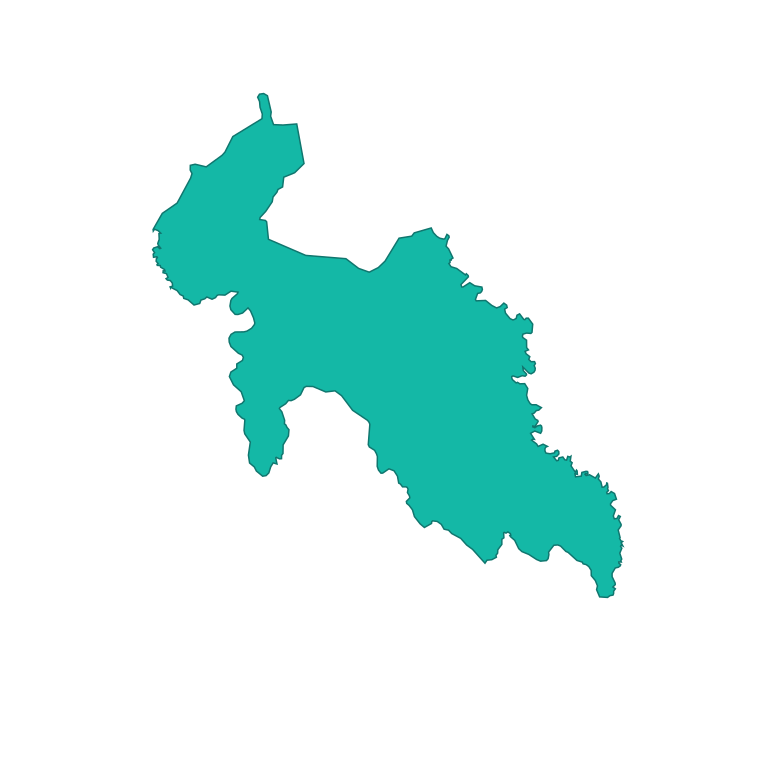 Yanfolila, Sikasso, Mali, rotated 323°
{"feature_id": "8926073B66933927430110", "entity_name": "Yanfolila", "entity_type": "district", "adm_level": 2, "iso_a3": "MLI", "parent_name": "Mali", "parent_adm1": "Sikasso", "projection": "equal_earth", "projection_center": [-8.073, 10.95], "detail": "fine", "context": "isolated", "style": "filled", "palette": "teal", "viewbox_px": 768, "rotation_deg": 323, "n_neighbors": 0, "source": "geoboundaries", "source_scale": "gbopen_adm2", "svg_char_len": 6158}
<svg xmlns="http://www.w3.org/2000/svg" viewBox="0 0 768 768"><g transform="rotate(323 384 384)"><path d="M271.4,178.6L271.8,178.2L275.0,184.9L275.0,189.8L276.6,192.9L275.6,195.1L278.2,198.9L279.8,206.6L285.3,208.8L288.3,206.8L292.1,208.1L294.9,207.9L297.7,212.8L301.4,213.6L304.1,212.8L305.7,213.3L310.5,217.3L317.7,217.8L322.7,222.8L321.3,223.7L314.1,224.2L312.0,225.1L307.9,229.0L306.4,232.5L307.0,238.8L309.2,240.6L313.8,242.2L321.2,241.4L321.4,245.2L319.6,252.6L317.6,257.4L316.4,258.5L311.8,259.8L306.4,259.3L303.4,258.0L296.3,252.8L291.7,252.3L287.8,254.1L285.6,257.4L284.3,262.0L286.2,271.8L288.1,275.5L287.7,278.1L285.1,280.0L278.5,279.4L275.9,282.8L268.9,282.3L265.0,285.0L263.3,294.1L265.3,304.2L262.4,313.3L259.1,314.0L252.9,312.6L250.6,315.0L249.5,317.2L249.1,320.4L250.1,325.8L251.4,328.2L251.1,329.1L244.3,336.8L242.8,340.0L242.3,349.9L232.9,359.2L229.1,366.2L230.5,372.2L229.7,376.7L231.6,384.6L234.7,386.2L238.5,385.7L243.8,381.9L248.0,380.3L250.4,383.5L253.1,377.8L253.8,377.7L255.5,380.9L257.2,382.0L259.3,379.3L261.5,378.7L266.8,371.9L276.4,368.0L280.6,363.3L280.4,360.3L281.0,357.5L280.5,355.9L282.8,353.2L285.7,344.7L285.6,340.7L286.6,340.1L293.6,340.6L297.8,339.6L299.8,341.4L303.3,342.3L310.8,342.4L318.0,338.7L320.5,339.1L325.8,343.3L332.7,355.3L340.8,360.0L343.1,367.8L343.1,386.1L349.0,403.2L349.0,405.8L348.4,407.7L334.9,423.0L334.4,425.5L336.6,431.3L336.0,435.2L335.1,437.9L329.0,445.7L327.8,449.4L327.9,453.4L329.4,454.4L336.9,454.7L339.8,459.4L339.3,465.7L336.1,472.0L336.9,473.7L336.9,477.3L339.7,479.4L340.3,480.6L339.9,482.5L337.4,484.8L337.0,488.6L336.1,490.5L331.2,491.2L330.3,493.0L331.0,496.1L331.0,501.6L328.5,508.2L328.7,517.5L329.9,522.9L338.0,524.0L339.4,522.6L340.5,522.6L343.8,525.8L345.3,530.6L344.6,536.1L347.6,539.6L348.1,544.2L352.4,553.5L353.1,562.3L355.2,569.3L356.8,587.9L360.2,586.7L364.4,589.2L369.5,590.0L370.3,588.2L372.9,587.5L375.1,584.9L381.6,583.0L384.7,578.9L387.2,579.0L390.0,574.8L390.7,574.8L391.7,576.5L393.9,576.7L394.9,579.5L394.2,581.1L393.3,580.7L393.1,581.9L394.3,587.5L392.5,596.6L393.3,600.9L397.1,607.3L400.2,615.9L402.4,619.7L407.5,622.8L409.9,622.3L413.0,619.5L414.3,617.3L422.6,615.0L425.9,617.1L427.5,619.7L428.5,627.2L429.7,629.3L431.9,641.0L435.1,645.5L434.8,647.5L436.8,649.9L437.7,653.1L437.3,657.5L434.2,661.8L434.5,668.1L433.0,673.7L430.0,676.2L428.1,683.8L434.1,689.0L437.0,689.0L439.9,690.4L441.2,689.6L442.8,687.6L445.5,686.8L444.6,683.9L447.9,683.4L448.8,682.1L450.2,675.2L452.2,672.5L458.0,670.1L460.9,671.4L463.3,671.4L464.3,670.7L463.7,668.5L464.4,667.4L466.4,669.0L466.7,667.7L468.5,666.9L470.5,661.0L475.1,658.3L475.3,655.9L476.6,655.5L477.3,657.0L477.9,653.5L479.8,653.4L478.8,651.8L479.2,649.1L480.1,648.8L483.2,641.5L488.0,639.9L488.9,638.8L489.7,633.7L493.0,632.0L492.1,630.2L489.2,631.6L486.8,630.3L487.7,627.4L493.1,623.8L492.0,617.2L492.8,616.0L496.5,614.8L500.3,615.9L502.2,610.2L500.7,606.6L498.0,607.1L496.1,605.9L496.7,604.5L499.1,604.2L499.4,602.3L500.7,601.3L502.7,597.7L502.3,597.1L501.0,598.4L497.4,598.6L496.1,597.7L498.3,592.7L498.0,588.9L500.4,587.1L501.1,584.8L496.2,586.3L493.5,580.1L490.3,578.8L490.1,577.1L491.0,576.7L492.1,578.1L493.2,578.0L493.9,576.4L492.8,575.3L488.8,573.7L486.1,576.3L481.1,573.4L482.4,570.7L484.1,572.5L485.9,569.7L485.9,568.6L483.7,569.6L484.1,561.9L486.9,560.1L486.3,557.7L489.8,554.2L488.5,554.2L487.2,552.4L484.0,554.7L482.8,553.4L482.9,549.9L479.3,548.3L477.2,549.9L475.7,549.2L475.5,544.3L478.4,545.7L481.6,545.1L482.9,543.1L482.7,541.3L480.1,540.5L478.8,541.6L474.7,539.7L471.8,536.7L472.2,534.5L473.6,532.5L475.2,531.8L477.0,532.2L474.8,527.8L469.5,526.6L469.8,523.7L468.1,517.6L469.7,517.6L470.8,518.7L471.4,511.6L476.1,512.3L479.4,517.6L481.7,516.5L483.8,513.9L484.5,512.3L484.2,511.0L481.3,509.8L478.2,509.7L477.0,507.7L477.6,507.1L478.9,508.8L484.5,506.7L484.9,505.6L483.7,503.0L484.3,497.0L486.5,497.6L489.6,496.9L491.9,498.0L495.5,497.6L493.0,492.1L489.6,489.6L488.9,487.6L489.3,483.3L491.1,478.8L496.1,474.1L496.6,468.4L492.6,465.6L491.6,463.0L490.2,462.7L489.2,457.7L489.7,456.0L490.6,454.9L491.9,455.2L494.7,459.2L499.3,460.5L501.4,462.7L503.3,462.5L503.8,461.7L503.3,457.2L505.1,453.9L506.3,462.5L507.6,464.4L510.8,464.8L512.8,464.0L514.3,462.4L515.0,459.7L517.2,458.8L517.7,456.7L514.9,454.7L514.4,451.5L516.9,449.9L515.7,445.4L516.3,442.8L519.9,443.7L519.8,440.8L524.2,434.8L522.8,430.3L523.3,429.2L524.9,427.8L528.5,429.1L531.7,432.0L533.3,431.8L538.8,425.7L538.9,418.3L537.2,417.0L535.2,417.4L534.5,416.5L534.5,409.6L531.6,409.1L529.0,411.2L526.5,410.8L525.5,410.4L524.0,407.6L523.7,400.5L525.4,396.8L528.4,397.1L529.4,394.8L528.4,391.5L523.4,392.1L519.7,391.0L517.4,386.2L515.4,378.4L507.7,373.1L507.9,371.5L513.3,368.0L515.8,369.2L517.6,368.9L519.4,367.8L520.5,365.5L515.5,360.1L513.5,354.7L505.5,354.1L504.5,353.3L505.3,350.9L515.9,349.2L516.5,348.0L516.1,345.5L514.7,345.9L511.6,335.5L508.1,330.7L508.3,326.8L509.8,326.8L511.3,324.7L512.3,325.5L513.1,324.7L514.9,324.9L516.9,315.0L516.5,311.3L521.1,307.5L524.4,306.0L525.0,304.6L524.3,302.4L520.1,304.6L518.9,304.2L516.2,301.0L515.0,297.8L514.5,292.8L515.6,287.8L499.1,281.5L495.1,282.6L483.8,276.6L458.8,286.5L449.5,287.6L439.5,285.8L433.3,276.4L429.0,261.0L398.9,234.2L378.8,198.9L387.9,183.8L387.7,182.0L383.7,177.8L385.3,176.4L393.3,175.0L404.4,171.2L407.9,167.9L413.9,166.4L416.4,164.8L421.6,165.6L428.4,158.5L439.8,161.5L452.8,159.8L470.8,123.8L459.2,116.4L451.9,110.4L454.6,101.9L457.6,98.9L464.4,83.6L462.7,79.6L459.0,77.6L455.7,78.9L454.6,83.5L451.5,88.5L449.3,95.1L446.2,98.7L412.2,95.4L396.5,103.1L392.3,103.9L372.7,103.6L365.4,94.8L360.9,92.8L358.0,96.5L357.3,100.4L353.4,103.2L327.7,115.0L309.6,114.3L292.6,121.6L291.8,123.0L293.9,122.3L295.9,125.6L296.5,129.2L294.8,128.4L291.5,133.2L287.9,135.6L287.3,137.1L287.4,141.2L286.4,141.0L285.8,138.1L281.9,136.8L280.0,137.5L279.8,141.1L277.8,141.4L276.2,144.1L279.2,145.7L279.1,146.7L277.7,146.9L275.9,148.8L276.1,151.8L274.6,152.0L274.3,152.8L276.6,154.8L275.9,156.3L277.6,160.4L277.1,161.9L275.8,160.7L274.5,162.1L276.7,165.0L275.7,168.9L273.3,168.7L273.5,170.6L275.6,172.8L275.7,175.9L274.1,178.6L271.6,177.7L271.4,178.6Z" fill="#14b8a6" stroke="#0f766e" stroke-width="1.5"/></g></svg>